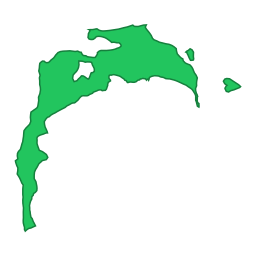 outline of Baku City, Bakı, Azerbaijan
{"feature_id": "54616110B61947743987915", "entity_name": "Baku City", "entity_type": "district", "adm_level": 2, "iso_a3": "AZE", "parent_name": "Azerbaijan", "parent_adm1": "Bakı", "projection": "equal_earth", "projection_center": [49.825, 40.136], "detail": "fine", "context": "isolated", "style": "filled", "palette": "green", "viewbox_px": 256, "rotation_deg": 0, "n_neighbors": 0, "source": "geoboundaries", "source_scale": "gbopen_adm2", "svg_char_len": 5265}
<svg xmlns="http://www.w3.org/2000/svg" viewBox="0 0 256 256"><path d="M15.4,160.8L15.7,162.3L16.2,163.9L16.8,165.7L17.9,167.9L17.8,169.1L17.8,170.6L17.2,174.0L18.8,176.5L19.9,178.5L21.0,181.0L21.8,183.0L23.2,185.0L22.8,189.0L22.8,191.2L22.8,191.8L22.8,194.5L23.1,197.1L22.8,200.1L22.9,203.4L23.5,207.9L23.3,212.0L23.4,217.7L23.2,220.6L23.3,223.0L23.9,225.4L24.5,227.4L24.5,229.8L25.2,230.8L25.3,231.1L27.1,229.5L28.8,228.4L30.9,228.0L32.6,227.2L33.9,226.6L35.5,225.9L34.1,223.1L33.2,221.5L32.2,218.7L30.9,217.0L30.3,213.7L30.1,211.7L29.7,210.0L29.7,207.9L29.5,205.4L30.1,202.8L30.7,200.9L31.7,199.1L31.9,196.6L33.2,195.3L33.6,193.5L35.3,192.4L36.8,190.6L37.0,188.3L36.8,186.1L35.9,181.6L34.2,178.7L34.2,175.1L34.5,172.1L35.6,169.5L37.0,167.3L38.9,163.7L40.9,162.0L42.3,160.6L46.3,159.6L47.8,157.4L46.4,154.5L42.6,151.7L39.3,150.3L37.7,145.9L37.0,143.5L37.0,142.2L37.1,140.0L36.9,138.5L37.2,137.2L38.3,136.0L40.4,135.0L42.0,134.5L43.6,134.0L44.9,133.4L46.5,132.9L47.5,132.9L47.2,131.7L46.2,129.3L45.1,127.0L44.5,124.2L44.3,121.6L45.9,119.0L47.4,117.3L49.2,116.7L50.8,115.2L52.7,114.0L55.4,112.7L56.8,111.8L59.0,110.6L61.8,109.1L65.0,107.5L66.9,105.9L69.7,104.5L70.6,103.9L71.6,103.4L72.9,102.9L74.0,103.0L75.2,102.5L76.5,101.3L77.6,100.5L78.8,99.1L79.4,98.2L80.5,97.0L81.7,96.0L83.5,95.7L85.1,95.8L87.0,95.8L88.6,95.3L89.4,94.5L91.0,93.9L92.6,93.2L93.3,92.2L95.1,91.5L97.0,90.8L98.1,90.2L99.6,89.9L101.1,89.9L102.2,90.7L104.0,90.4L105.4,90.3L106.5,89.0L106.8,87.9L107.7,85.4L107.7,84.2L108.3,82.3L109.2,81.7L110.5,80.9L110.4,80.1L109.0,78.4L108.9,76.9L109.2,75.4L110.3,75.0L111.1,75.2L112.2,74.9L113.5,74.6L114.8,74.8L116.1,75.1L117.9,75.6L119.3,76.0L120.4,76.5L121.6,77.4L122.8,78.2L123.9,78.9L124.9,80.3L126.2,80.6L126.9,81.8L127.4,82.5L128.3,82.5L129.5,82.1L130.9,82.0L132.2,82.2L133.9,82.3L134.5,82.2L135.6,81.9L136.3,81.6L137.1,80.8L138.1,80.1L139.6,79.9L140.3,78.9L141.5,78.9L142.7,78.4L143.2,78.4L144.0,78.7L145.4,78.7L145.7,79.0L146.0,79.6L146.5,80.1L146.7,79.6L147.1,79.3L147.9,79.1L148.1,79.5L148.6,80.3L148.8,79.8L149.1,79.0L149.2,78.3L149.4,77.7L150.0,77.1L151.1,76.6L151.8,76.3L153.6,75.9L154.5,75.7L156.2,75.8L157.2,75.9L158.2,75.9L159.3,76.3L159.8,76.6L160.6,76.9L161.4,77.1L162.4,77.2L163.1,77.4L164.1,77.7L164.8,78.1L165.7,78.6L166.5,78.7L167.8,78.8L169.7,78.9L171.3,79.3L174.0,80.0L175.8,80.6L177.8,81.4L181.5,83.1L183.1,83.9L186.2,85.2L188.2,86.7L190.2,88.0L191.7,89.1L192.6,90.1L193.7,91.8L194.9,93.8L195.7,95.8L195.7,98.5L195.7,100.4L196.3,101.7L196.6,103.0L197.0,104.6L197.4,106.2L198.9,107.1L199.0,106.7L199.0,105.5L198.9,103.5L197.9,102.8L197.4,101.8L197.2,100.1L197.3,99.2L197.3,98.3L197.2,97.6L197.7,96.5L197.4,95.7L197.2,94.9L196.3,93.1L195.6,90.4L195.6,88.2L196.6,85.8L196.5,83.2L196.7,81.0L197.3,77.9L196.1,75.2L194.4,72.8L193.6,70.9L192.7,68.6L191.5,66.6L189.9,64.9L187.7,64.1L185.3,63.0L183.3,60.9L182.7,58.7L181.7,58.4L179.7,56.6L177.3,53.9L176.5,51.0L176.2,48.6L173.9,46.7L171.8,45.4L169.0,44.3L165.9,43.8L162.3,42.9L159.4,42.2L157.0,41.0L154.0,39.8L152.5,38.3L151.3,35.6L149.9,33.5L148.6,31.8L147.1,30.0L145.9,28.4L145.3,27.1L146.3,24.9L143.4,25.1L138.2,26.5L134.4,26.4L132.8,25.1L127.5,26.9L123.9,27.7L118.6,29.1L110.1,30.4L109.2,30.5L107.3,30.7L105.1,30.9L102.9,31.0L101.1,30.8L99.6,30.4L98.4,29.8L97.1,28.9L96.1,28.9L94.4,29.3L92.5,29.6L90.7,29.6L89.2,29.7L89.4,29.8L90.0,30.8L89.2,32.1L88.4,33.7L88.3,35.3L88.0,37.4L88.9,38.9L90.2,39.4L91.3,39.5L92.2,39.5L93.3,39.3L94.9,38.2L96.4,36.6L98.6,36.3L101.1,36.5L103.0,37.0L105.1,37.7L106.9,38.7L108.5,39.8L110.5,41.3L111.6,42.4L114.0,42.2L117.0,42.8L119.0,42.8L119.8,43.4L120.8,44.6L121.1,45.8L120.8,46.5L119.1,47.7L117.0,48.3L115.3,49.1L112.5,49.8L109.8,50.2L106.5,50.5L104.1,50.5L100.9,50.5L99.2,51.1L97.4,52.6L97.4,54.1L95.3,57.4L93.1,57.5L90.8,57.2L89.0,57.0L87.3,56.7L86.0,55.8L83.4,55.5L82.3,54.5L81.1,52.2L79.8,52.2L77.7,51.1L75.2,51.5L69.8,50.8L68.5,50.9L66.7,51.0L64.5,51.1L62.9,51.2L60.3,51.6L58.0,52.6L55.5,55.3L54.8,56.5L53.6,58.0L50.6,60.4L49.9,61.3L48.5,62.5L46.3,62.7L45.1,62.1L44.2,61.2L42.4,61.1L40.9,62.2L39.8,63.3L39.5,65.5L39.3,68.2L38.8,71.0L40.1,75.2L39.4,77.9L39.7,80.8L39.7,84.5L40.3,87.0L40.5,89.8L39.9,93.6L38.5,97.2L38.7,100.6L37.9,105.7L37.3,107.5L35.5,109.0L34.2,109.8L31.9,111.5L31.0,112.1L30.6,114.7L30.4,117.3L30.8,121.3L29.7,124.2L27.6,126.4L25.9,128.1L24.0,130.7L23.8,132.6L23.7,133.8L23.5,136.5L23.1,138.9L22.7,141.8L21.9,144.0L21.3,146.3L20.4,149.4L18.5,151.4L17.5,153.4L17.3,155.9L17.8,158.9L16.9,159.7L15.4,160.8ZM83.8,61.6L85.2,62.2L87.1,61.9L90.1,62.0L91.6,62.4L92.5,65.2L93.1,66.2L94.3,68.7L94.3,71.4L92.7,72.6L91.3,72.7L90.8,73.7L89.9,76.4L88.9,78.6L88.2,79.1L86.6,78.2L84.6,76.7L83.0,75.9L81.4,75.9L80.3,77.3L78.4,79.0L77.0,80.7L74.1,81.6L72.6,78.5L73.1,75.1L74.6,73.3L76.4,71.5L77.6,69.6L78.5,67.5L79.0,64.7L78.8,63.1L78.9,61.0L80.0,61.1L82.1,61.2L83.8,61.6ZM230.7,90.7L234.0,89.8L239.7,87.5L240.6,86.6L238.6,84.7L234.9,82.3L231.4,80.0L229.6,78.8L226.8,78.5L224.8,79.1L223.4,81.2L224.7,83.7L225.8,84.5L227.0,85.3L226.3,85.9L225.0,88.1L225.0,88.8L225.2,89.0L226.3,91.4L228.6,92.0L230.7,90.7ZM191.9,60.3L193.4,60.0L193.7,58.8L193.4,56.9L193.4,55.0L193.5,52.2L192.0,49.8L190.1,48.8L188.3,50.4L186.7,51.2L185.8,52.1L186.8,52.5L187.3,53.8L187.8,54.6L189.2,57.9L190.5,60.3L191.9,60.3Z" fill="#22c55e" stroke="#15803d" stroke-width="1.5"/></svg>